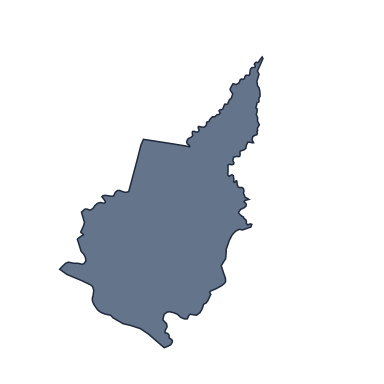 Kaga-Bandoro, Nana-Grébizi, Central African Republic, rotated 35°
{"feature_id": "33826404B9567885504809", "entity_name": "Kaga-Bandoro", "entity_type": "district", "adm_level": 2, "iso_a3": "CAF", "parent_name": "Central African Republic", "parent_adm1": "Nana-Grébizi", "projection": "albers", "projection_center": [19.16, 7.502], "detail": "fine", "context": "isolated", "style": "filled", "palette": "slate", "viewbox_px": 384, "rotation_deg": 35, "n_neighbors": 0, "source": "geoboundaries", "source_scale": "gbopen_adm2", "svg_char_len": 4845}
<svg xmlns="http://www.w3.org/2000/svg" viewBox="0 0 384 384"><g transform="rotate(35 192 192)"><path d="M172.0,41.1L171.8,45.4L172.0,46.9L171.8,48.1L170.2,48.8L169.8,49.6L169.7,50.2L169.7,51.0L169.7,51.6L170.6,52.0L171.1,52.1L171.7,52.8L172.0,53.1L171.8,54.0L171.2,54.7L170.0,55.4L169.7,55.9L169.4,57.2L169.5,57.9L170.0,59.1L170.4,60.0L171.3,61.6L171.8,62.5L171.8,63.7L171.1,64.1L170.2,64.8L169.4,65.2L169.1,65.7L169.1,66.9L169.4,67.7L169.8,68.5L169.8,69.5L169.0,70.7L168.1,70.8L167.6,71.2L167.1,72.5L167.5,73.6L167.7,74.5L167.8,75.8L167.7,76.3L167.0,77.9L166.7,78.5L165.8,79.0L164.0,79.4L163.5,79.7L163.6,81.8L163.8,83.2L163.9,84.6L164.2,85.8L164.6,86.4L165.9,87.0L166.5,87.2L167.6,87.7L168.5,88.0L169.1,88.2L169.7,90.6L170.0,91.5L170.4,92.1L170.2,93.4L169.9,94.2L169.8,95.4L170.3,98.0L170.7,98.6L170.7,99.6L170.3,100.1L169.6,100.5L168.6,101.0L168.5,101.4L168.6,102.4L169.5,105.9L169.4,106.9L168.9,107.7L168.1,108.1L167.6,108.9L167.6,110.1L168.7,110.6L169.9,111.2L169.7,112.7L169.4,113.2L168.7,113.8L168.2,114.3L167.9,115.1L167.8,116.1L167.5,117.5L167.2,117.6L165.8,118.3L165.6,118.5L165.2,120.7L165.1,121.6L165.1,123.1L165.4,124.0L165.2,124.9L164.0,126.2L164.1,126.8L164.5,127.4L164.8,127.7L165.2,128.7L165.4,129.1L165.3,130.3L164.9,131.3L164.5,132.1L163.8,132.6L162.9,133.2L162.4,133.4L161.1,133.8L160.2,134.3L159.7,134.7L159.8,135.2L160.8,136.3L161.0,136.5L162.0,137.0L162.5,137.6L162.6,138.3L162.3,139.5L161.0,140.6L158.9,141.0L158.3,141.6L157.8,142.0L158.0,143.0L158.6,143.8L160.1,145.3L160.2,146.0L159.9,147.7L159.7,148.1L159.3,148.8L158.7,149.6L158.3,150.4L158.3,151.6L158.6,153.3L158.9,154.0L160.3,155.2L161.9,155.3L162.9,155.3L163.5,155.5L164.1,156.4L163.5,156.6L162.4,157.0L161.5,157.5L159.4,158.4L158.6,158.8L148.8,163.5L122.0,176.7L123.2,182.7L129.6,199.7L139.9,227.9L138.4,229.9L137.2,230.7L136.1,231.1L134.6,231.6L133.3,231.8L131.5,232.4L130.8,232.9L130.2,233.4L129.5,235.4L129.4,236.6L129.6,237.6L129.7,238.5L129.9,239.3L129.9,240.3L129.2,241.2L128.0,241.8L126.7,242.6L124.8,243.5L122.8,244.5L121.2,246.0L120.9,247.6L124.5,248.7L125.9,249.3L126.4,249.4L126.7,249.7L126.9,250.4L126.9,250.9L126.4,251.6L125.5,252.2L124.5,252.5L123.5,252.8L122.9,253.3L122.0,254.1L121.6,254.7L120.9,256.0L120.6,257.3L120.2,258.9L120.3,259.5L120.3,260.4L120.3,262.1L119.9,263.3L119.4,264.6L118.5,265.5L116.1,266.1L115.6,266.4L114.4,267.1L113.8,268.1L113.7,269.5L113.3,270.7L113.0,271.9L113.9,272.7L121.4,278.6L122.5,281.8L123.8,288.6L124.5,289.0L125.6,288.9L127.1,289.0L127.7,289.3L127.4,290.1L126.6,291.6L125.7,294.1L125.1,296.4L135.2,304.2L139.1,305.1L141.9,306.5L143.3,307.9L144.7,309.5L144.6,310.9L144.5,312.7L143.5,314.2L139.7,315.7L135.8,318.3L132.4,319.7L130.9,320.5L129.4,322.8L128.5,327.1L127.9,331.2L136.8,331.3L152.4,327.9L158.4,326.9L161.9,326.3L163.7,326.3L165.1,326.7L167.0,328.2L168.1,329.2L170.6,334.1L171.0,335.7L172.3,337.7L174.3,339.3L176.4,340.5L178.4,341.3L182.4,342.7L185.0,342.9L187.3,342.7L190.7,341.9L196.2,339.6L199.5,340.4L211.2,339.4L217.5,336.8L228.2,333.5L238.2,333.4L258.5,335.5L261.1,331.6L262.2,329.2L262.0,326.4L261.0,324.8L258.7,324.5L257.3,324.7L255.8,323.1L254.6,322.0L252.8,321.9L250.7,322.7L249.6,321.2L248.9,316.7L246.8,314.5L241.7,313.5L240.9,312.2L239.4,308.3L240.3,305.0L242.2,303.0L246.5,301.3L250.5,300.5L254.5,301.2L258.4,300.4L260.9,298.7L260.7,297.3L260.2,294.9L260.5,293.3L266.3,290.4L267.7,286.4L267.5,282.5L266.6,279.3L265.9,277.3L267.2,274.9L267.3,272.1L266.1,265.0L264.0,264.1L264.2,262.1L265.8,259.7L267.0,257.8L270.0,251.8L271.0,248.0L270.9,246.1L268.7,243.3L264.7,240.5L258.2,235.6L257.8,227.3L254.1,221.0L253.0,219.6L250.3,210.2L249.5,203.9L250.2,199.1L252.2,195.4L255.2,194.1L260.3,187.0L259.6,184.2L258.1,184.6L256.4,187.0L254.5,186.5L253.3,184.7L252.1,183.9L250.8,183.9L249.5,183.8L248.4,182.9L246.5,183.2L243.0,182.7L241.7,181.9L241.9,178.1L243.7,175.1L244.4,172.5L243.3,170.7L240.2,170.1L240.5,168.3L242.1,166.3L242.9,165.4L240.7,165.5L238.8,166.0L237.0,164.8L234.6,163.3L234.2,161.7L233.2,160.6L232.1,159.6L230.1,159.7L228.5,161.1L226.6,161.3L224.8,159.9L222.4,157.3L221.7,157.4L221.5,159.7L220.2,159.7L219.4,158.1L216.4,154.8L214.8,155.0L213.8,156.7L213.4,157.9L211.5,157.4L209.4,154.0L206.1,149.5L206.8,147.8L209.0,146.9L210.1,145.5L209.5,143.9L207.6,143.0L206.5,140.8L206.3,139.3L208.0,137.4L210.1,136.2L210.6,135.2L209.9,133.6L208.9,132.5L208.0,130.9L210.3,127.9L211.1,125.4L209.7,122.4L209.2,119.1L211.2,117.9L213.3,117.1L214.2,116.3L211.6,115.0L210.9,114.0L210.0,111.9L210.9,109.6L212.3,107.9L211.8,106.4L210.6,105.3L210.6,104.1L209.0,102.4L208.6,98.3L204.9,96.3L203.2,93.5L200.3,91.8L199.2,88.8L197.8,86.6L195.9,86.3L195.4,84.8L194.9,83.1L194.1,81.9L194.8,80.4L195.1,79.7L194.2,78.4L193.2,77.1L192.8,74.5L191.4,72.5L189.3,70.1L187.1,68.1L184.9,67.5L181.6,64.0L179.4,57.1L176.2,55.4L174.6,47.0L173.6,42.0L172.0,41.1Z" fill="#64748b" stroke="#1e293b" stroke-width="1.5"/></g></svg>